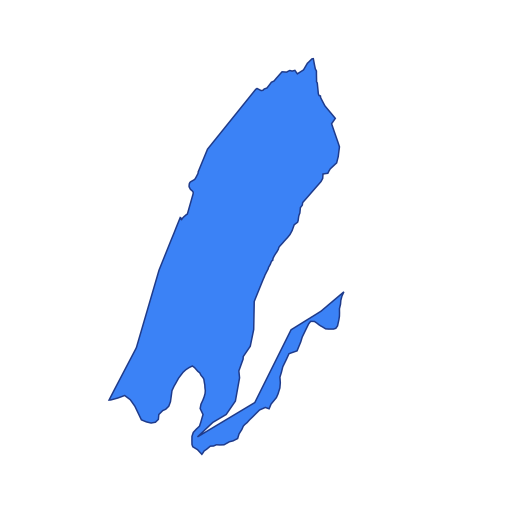 the district of San Lorenzo Cuaunecuiltitla, Puebla, Mexico, rotated 197°
{"feature_id": "50627088B78498506424092", "entity_name": "San Lorenzo Cuaunecuiltitla", "entity_type": "district", "adm_level": 2, "iso_a3": "MEX", "parent_name": "Mexico", "parent_adm1": "Puebla", "projection": "equal_earth", "projection_center": [-96.92, 18.216], "detail": "fine", "context": "isolated", "style": "filled", "palette": "blue", "viewbox_px": 512, "rotation_deg": 197, "n_neighbors": 0, "source": "geoboundaries", "source_scale": "gbopen_adm2", "svg_char_len": 3705}
<svg xmlns="http://www.w3.org/2000/svg" viewBox="0 0 512 512"><g transform="rotate(197 256 256)"><path d="M258.9,461.5L259.0,461.5L259.1,461.4L260.2,460.8L262.8,456.0L263.2,455.4L265.0,447.8L265.2,447.6L269.7,442.3L273.1,444.9L275.5,443.4L277.9,443.3L278.9,442.4L279.1,442.2L280.0,441.3L280.5,440.8L284.4,439.9L285.0,439.7L288.5,432.0L290.0,428.5L292.1,426.7L293.0,424.1L293.8,422.0L294.7,419.8L297.0,418.1L297.8,416.5L299.4,415.7L304.0,416.5L305.0,415.3L333.6,344.0L335.0,329.1L335.9,319.4L335.7,319.0L335.6,317.9L336.4,313.6L336.8,311.9L337.3,311.0L338.0,310.2L340.2,307.9L340.6,307.2L340.8,306.5L340.9,305.5L340.6,304.0L340.4,303.1L340.0,302.4L338.2,300.6L338.0,300.4L337.2,300.2L335.8,299.5L335.2,299.1L335.0,298.9L334.6,298.3L334.4,297.6L334.3,296.3L333.9,276.2L334.0,276.2L334.2,275.8L334.5,275.3L334.9,275.0L335.2,274.3L335.7,273.6L336.4,272.5L337.0,271.3L337.2,270.9L337.4,270.5L337.8,269.0L338.0,268.9L338.4,269.1L338.6,269.4L338.7,269.7L338.7,270.0L338.8,270.3L339.0,270.4L339.4,270.5L339.7,270.6L340.6,260.5L341.1,254.1L341.8,246.7L344.6,214.2L344.5,206.3L343.6,133.6L344.0,131.1L352.4,86.4L352.5,85.8L354.4,75.3L352.9,75.8L346.6,79.8L340.8,84.2L334.2,81.8L327.9,76.9L323.3,71.9L317.7,65.8L312.3,65.3L307.5,65.6L303.6,67.6L301.6,71.2L302.6,76.0L300.0,80.9L297.5,83.1L295.5,86.8L295.2,91.6L296.3,98.5L297.0,102.7L296.3,107.7L295.6,110.6L294.3,116.7L291.8,123.4L289.9,126.7L287.4,129.7L284.7,132.2L282.1,131.3L277.9,128.7L275.6,127.8L273.7,125.8L271.2,124.2L269.9,123.0L268.3,119.7L267.2,117.6L266.3,115.1L265.1,112.4L264.5,109.6L264.4,106.2L264.7,102.3L265.3,98.2L264.8,93.8L260.3,88.9L260.3,86.1L260.2,81.0L260.3,76.7L262.4,73.1L264.4,69.0L264.5,64.8L263.3,60.7L262.1,57.0L260.7,55.1L255.3,53.7L249.8,50.5L249.2,52.2L248.6,54.4L246.5,57.1L244.1,60.8L241.0,61.9L238.7,63.9L235.4,64.7L231.4,66.1L227.1,70.6L223.9,72.5L220.2,76.1L220.2,80.9L218.8,86.1L218.4,89.6L217.5,91.5L215.8,94.1L214.3,97.4L212.1,101.3L210.2,104.9L207.6,109.8L202.8,113.9L198.8,113.7L198.3,118.8L195.1,126.5L194.6,130.6L194.6,136.8L195.7,141.9L197.7,147.1L197.7,152.2L198.0,157.9L196.7,166.1L195.9,172.2L193.9,173.7L189.0,177.3L188.1,187.0L188.1,192.1L187.2,197.8L185.8,206.6L184.6,209.5L181.0,210.5L178.4,209.7L175.6,208.6L173.1,207.9L172.3,207.8L168.1,206.7L165.0,207.4L160.5,208.8L158.5,210.2L157.6,213.0L158.1,219.2L158.6,222.8L159.5,226.0L160.8,230.0L161.1,234.7L161.9,238.3L162.1,242.7L161.5,247.4L177.8,222.1L200.9,195.7L214.3,115.5L259.1,65.9L248.6,84.3L238.2,95.7L233.3,111.2L236.1,134.7L238.8,141.1L238.2,153.6L238.8,156.1L235.1,168.0L236.7,185.0L244.4,212.0L244.1,215.6L242.8,230.3L242.3,235.8L241.9,238.9L241.9,239.9L241.9,240.0L241.3,243.4L241.2,244.0L240.6,247.3L240.7,248.8L240.5,249.5L239.9,252.3L239.8,253.6L239.8,254.4L239.4,256.0L238.7,257.0L239.0,257.9L239.0,259.0L238.9,259.7L238.5,261.9L237.9,264.1L237.7,264.7L237.4,265.5L236.6,269.0L236.7,270.8L236.2,272.3L234.2,276.5L233.2,278.8L232.6,280.0L232.4,280.4L232.3,280.7L231.9,281.5L231.3,282.7L230.7,284.2L230.1,285.7L229.8,286.4L229.0,290.4L228.9,290.9L228.8,293.1L228.6,297.0L226.1,300.5L226.1,302.4L226.5,304.8L226.8,306.9L226.7,309.6L226.6,309.8L227.7,315.3L227.2,316.5L226.6,318.3L227.0,320.5L226.7,321.4L225.2,324.7L222.6,330.5L220.3,335.7L217.1,342.8L215.6,346.2L214.9,349.7L215.9,354.0L213.9,355.0L211.5,356.1L211.1,358.5L210.5,361.0L207.3,366.6L206.1,368.6L206.4,374.2L206.4,375.1L206.9,377.7L208.1,384.8L211.0,388.9L217.8,398.2L222.4,404.6L221.9,406.1L220.4,410.8L232.0,418.4L234.1,419.8L240.4,426.2L241.2,427.9L242.0,427.9L242.6,427.9L243.8,429.3L246.0,434.6L248.0,439.4L249.1,440.4L249.5,441.9L249.9,443.1L251.5,448.0L252.3,450.6L254.0,452.3L255.8,455.6L255.9,455.8L258.9,461.5Z" fill="#3b82f6" stroke="#1e3a8a" stroke-width="1.5"/></g></svg>